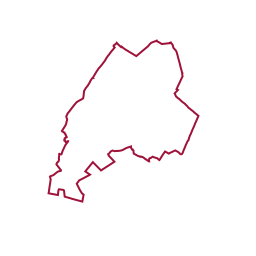 the district of Renswoude, Utrecht, Netherlands, rotated 209°
{"feature_id": "6326949B98381179699630", "entity_name": "Renswoude", "entity_type": "district", "adm_level": 2, "iso_a3": "NLD", "parent_name": "Netherlands", "parent_adm1": "Utrecht", "projection": "mercator", "projection_center": [5.531, 52.072], "detail": "fine", "context": "isolated", "style": "outline", "palette": "rose", "viewbox_px": 256, "rotation_deg": 209, "n_neighbors": 0, "source": "geoboundaries", "source_scale": "gbopen_adm2", "svg_char_len": 5462}
<svg xmlns="http://www.w3.org/2000/svg" viewBox="0 0 256 256"><g transform="rotate(209 128 128)"><path d="M132.3,41.5L134.5,48.2L135.9,48.4L136.4,48.5L136.6,48.5L137.1,48.8L140.1,50.5L144.8,53.7L145.1,53.9L145.8,54.5L145.4,57.8L145.3,58.3L145.3,58.5L143.1,61.8L139.5,67.3L138.6,68.8L144.3,69.3L143.9,71.7L142.4,79.9L142.2,81.1L131.0,77.8L130.2,79.4L130.1,79.6L128.3,82.9L127.6,84.2L124.6,89.9L123.5,91.9L125.8,92.7L130.0,94.0L131.4,94.5L131.8,94.7L132.7,95.6L132.3,96.2L132.1,96.6L132.1,97.0L131.9,98.2L131.8,98.7L131.8,98.9L131.7,99.1L131.5,99.5L131.0,100.2L130.8,100.5L130.4,100.9L129.6,101.0L128.6,101.2L127.4,102.0L126.9,102.3L126.4,102.8L125.7,103.0L124.0,104.2L122.2,105.9L119.8,109.6L119.0,110.6L118.1,111.5L116.4,113.3L116.2,112.9L116.0,112.5L115.7,112.2L115.2,111.8L114.2,111.3L114.0,111.1L113.9,111.1L113.7,111.4L113.6,111.5L112.8,111.1L112.3,111.0L112.0,110.4L111.9,110.3L111.7,109.9L111.4,109.6L111.0,109.1L110.9,109.0L110.9,108.9L110.7,108.6L110.6,108.4L107.7,108.4L106.2,108.4L105.3,108.5L104.2,108.7L103.5,108.9L103.2,109.0L103.0,109.3L102.6,109.3L102.6,109.1L102.2,109.3L101.8,109.6L101.3,109.7L101.0,109.7L100.1,109.6L99.5,109.6L97.7,109.2L96.9,109.2L96.7,109.3L96.6,109.2L96.4,109.2L93.7,108.9L93.3,109.1L93.9,109.9L94.4,111.0L94.5,111.5L94.5,111.8L94.4,111.9L94.4,112.0L94.2,112.2L94.1,112.3L93.4,113.0L93.1,113.8L92.5,114.9L91.7,114.9L89.6,115.3L87.6,115.7L86.8,115.5L85.1,115.1L84.9,115.7L84.7,120.1L84.6,121.5L84.3,124.4L84.2,125.4L79.8,125.4L79.6,125.9L79.3,126.5L79.0,126.9L78.5,127.6L78.3,127.8L75.8,131.3L72.6,131.3L72.3,131.3L71.6,131.2L70.9,131.0L70.1,130.7L69.2,130.3L69.3,130.4L69.1,130.5L68.3,131.2L68.2,132.2L68.1,132.7L68.5,135.1L68.6,135.5L68.6,136.2L68.8,138.0L68.9,139.0L69.2,141.0L69.3,143.1L69.5,145.2L69.5,145.5L69.2,146.8L69.7,148.6L70.0,150.3L70.1,150.8L70.2,151.7L70.2,152.5L70.2,153.4L70.4,154.2L70.5,155.8L70.8,157.7L70.9,159.3L71.1,161.4L71.2,162.4L71.5,164.5L71.7,167.4L72.1,171.3L72.3,172.8L73.9,173.0L74.5,173.3L74.8,173.3L77.6,173.7L78.4,174.0L80.5,174.4L80.9,174.4L81.1,174.4L82.9,174.8L84.6,175.0L86.4,175.6L86.9,175.9L87.3,176.0L87.7,176.1L88.6,176.3L89.2,176.4L89.6,176.7L89.9,176.8L90.3,176.8L91.6,177.0L92.9,177.1L93.7,177.3L94.3,177.4L97.3,178.3L97.7,178.3L98.8,178.3L99.2,178.3L100.2,178.7L100.8,178.8L101.3,178.9L102.4,179.7L102.8,180.0L103.1,180.4L103.3,180.5L104.0,180.9L102.8,185.5L104.4,185.5L104.5,187.4L104.6,188.3L104.7,189.1L104.7,190.4L104.8,191.1L104.8,191.7L104.9,193.6L105.0,194.5L105.3,198.9L105.3,199.6L106.1,200.6L107.2,202.2L107.1,202.5L107.7,202.9L108.1,203.2L109.5,204.7L111.3,206.5L111.7,206.9L112.3,207.6L114.4,209.9L115.2,210.7L115.6,211.1L118.9,214.5L119.6,215.3L122.4,218.1L123.1,218.6L123.9,219.0L125.2,219.5L126.9,220.0L127.2,220.3L128.0,221.0L128.4,221.4L128.4,221.5L129.2,222.2L129.7,222.6L130.2,222.8L131.0,223.0L131.6,223.3L132.0,223.6L132.7,222.8L132.4,222.5L132.5,222.4L133.1,222.1L139.2,217.8L139.7,217.9L142.7,218.0L144.3,217.9L145.2,218.4L145.7,217.4L146.1,217.2L146.4,216.9L146.7,216.6L148.6,214.3L149.0,213.7L149.2,213.3L149.3,212.9L149.4,212.5L149.6,211.9L150.2,208.8L150.4,208.5L155.6,194.9L163.2,195.2L168.2,195.4L170.2,195.6L172.7,196.0L173.1,196.1L173.2,195.4L174.1,195.6L177.6,196.4L177.7,196.5L179.2,197.0L179.2,196.5L179.2,196.4L179.2,196.1L179.4,195.7L180.4,193.5L180.5,193.2L180.5,192.9L180.4,192.7L180.1,192.5L180.0,192.4L178.7,192.0L178.8,191.3L179.7,186.7L180.0,184.8L180.1,183.4L180.5,181.4L180.6,180.4L180.7,179.3L180.8,178.4L180.8,176.8L180.9,175.1L181.5,170.9L181.9,168.7L182.0,168.2L182.1,167.7L182.2,167.2L182.3,166.9L182.4,166.5L182.6,165.4L182.8,162.6L182.9,161.5L183.1,154.8L182.9,154.7L183.1,154.6L183.3,154.5L183.4,154.4L183.5,153.8L183.6,152.9L183.7,151.3L183.7,150.3L183.6,150.1L183.6,147.9L183.7,147.0L183.7,145.6L183.8,145.0L184.0,144.0L184.1,143.4L184.2,142.9L184.3,142.4L184.3,141.4L184.3,141.1L184.3,139.5L184.4,139.2L182.8,135.4L182.4,134.5L182.1,133.5L181.6,132.3L181.6,132.1L182.4,130.7L184.4,127.6L185.5,125.6L186.3,121.3L186.5,119.9L186.8,118.3L187.4,113.9L187.9,111.1L187.8,110.7L187.7,110.5L187.7,109.0L187.6,108.5L187.6,108.3L187.5,108.2L187.0,107.5L186.2,106.7L185.5,106.1L185.4,106.0L185.2,105.6L184.9,104.4L184.9,103.9L184.6,103.1L184.4,102.7L184.2,102.0L184.1,101.2L184.0,100.5L184.0,99.0L184.1,97.8L184.1,97.1L184.2,96.5L184.2,95.6L184.4,93.4L183.8,93.1L183.4,93.2L182.9,93.2L182.2,93.0L181.9,93.0L181.4,93.2L181.1,93.0L180.8,92.8L180.7,92.6L180.5,92.4L180.1,92.4L179.8,92.3L179.5,92.2L179.4,92.1L179.2,91.7L178.8,91.5L178.6,91.3L178.5,91.1L178.2,90.9L177.7,90.8L177.1,90.2L178.3,88.6L178.4,88.4L178.4,88.2L178.2,87.9L177.8,87.4L178.0,86.8L178.0,86.7L177.9,86.4L177.7,86.2L176.8,86.4L176.2,85.7L175.8,85.5L175.6,85.5L175.3,85.5L174.3,87.2L174.0,87.4L173.9,87.1L174.4,83.5L174.5,83.3L174.5,82.9L174.5,82.6L174.1,76.4L173.6,73.5L173.5,72.7L174.7,72.1L175.4,72.2L175.6,72.1L175.6,71.9L175.3,71.4L174.6,70.1L174.4,69.4L173.8,68.0L173.5,67.6L173.2,67.3L173.1,67.1L172.7,65.7L172.7,65.3L172.6,65.0L172.6,64.8L172.7,64.5L172.9,64.2L173.1,63.9L173.1,63.7L173.2,63.2L173.1,62.3L173.1,62.0L173.1,61.8L173.0,61.5L172.1,61.1L166.2,58.6L166.0,57.9L166.8,57.3L167.2,56.9L168.0,56.1L168.4,55.4L169.1,53.9L170.4,50.6L171.6,49.2L172.5,48.2L172.7,47.7L170.9,45.8L170.7,45.5L170.6,45.4L170.4,44.8L170.1,44.0L168.0,38.3L166.1,33.3L165.8,32.4L156.8,35.4L158.7,39.9L158.6,41.0L154.5,42.5L154.4,42.5L154.3,42.4L153.6,42.2L150.1,37.3L147.8,37.8L146.2,38.2L145.4,38.4L142.8,38.9L132.3,41.5Z" fill="none" stroke="#9f1239" stroke-width="2"/></g></svg>